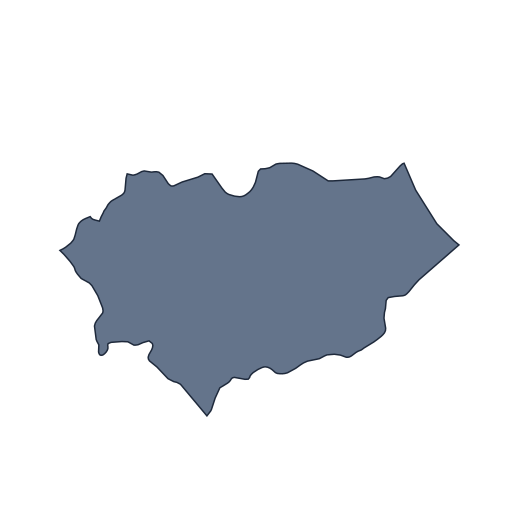 the Province of Övörhangay, rotated 242°
{"feature_id": "MNG-3327", "entity_name": "Övörhangay", "entity_type": "Province", "adm_level": 1, "iso_a3": "MNG", "parent_name": "Mongolia", "parent_adm1": "", "projection": "albers", "projection_center": [102.848, 45.744], "detail": "fine", "context": "isolated", "style": "filled", "palette": "slate", "viewbox_px": 512, "rotation_deg": 242, "n_neighbors": 0, "source": "natural_earth", "source_scale": "10m", "svg_char_len": 2760}
<svg xmlns="http://www.w3.org/2000/svg" viewBox="0 0 512 512"><g transform="rotate(242 256 256)"><path d="M353.0,85.5L352.9,89.1L353.1,92.0L354.3,98.4L355.6,101.7L356.4,103.1L359.4,106.2L364.0,110.3L366.9,113.4L367.8,114.7L368.4,116.3L368.9,118.0L369.2,120.5L369.1,123.3L368.6,128.1L366.6,128.4L365.1,129.1L363.4,130.7L360.3,134.1L363.3,137.7L365.7,141.2L367.1,142.9L368.8,146.4L370.8,149.4L371.6,151.4L372.3,153.5L372.5,155.3L372.8,165.9L373.2,167.7L373.8,169.3L374.6,170.3L375.7,171.3L385.7,177.8L389.0,180.8L385.1,185.3L384.6,187.0L384.2,189.4L384.2,194.7L383.6,197.2L379.1,203.1L378.2,205.5L377.2,207.6L375.6,209.6L370.8,211.6L361.0,212.5L358.9,213.3L357.6,214.0L356.9,215.3L356.5,216.4L356.1,224.1L356.0,225.6L352.9,241.7L352.7,249.4L349.0,255.7L331.9,257.8L326.9,258.8L324.9,259.7L323.1,260.9L318.9,265.2L316.0,269.4L315.2,271.4L314.8,273.4L314.8,275.6L315.2,278.1L315.7,280.7L316.6,283.1L318.1,285.9L321.3,290.1L329.7,297.8L330.7,300.9L328.8,305.0L328.1,307.3L327.5,309.6L327.8,316.8L327.3,318.5L326.6,320.5L321.3,331.0L319.7,333.4L317.5,335.9L304.3,346.2L288.4,355.0L286.2,359.2L272.9,388.4L271.7,392.0L270.4,397.3L269.0,400.4L267.8,402.2L264.0,405.6L263.0,408.7L263.0,412.2L267.9,425.6L268.6,428.5L268.4,430.3L239.2,427.9L199.6,430.8L176.7,437.8L170.5,440.4L158.5,388.8L156.2,382.3L152.8,374.4L151.9,371.6L151.5,369.6L151.7,368.0L152.0,366.9L155.2,359.4L157.2,353.2L155.7,350.1L148.8,345.6L145.8,342.9L141.0,339.8L131.4,336.6L129.4,335.3L127.9,333.4L127.0,331.3L126.3,328.9L125.4,324.0L124.8,319.7L124.1,308.2L123.8,306.3L123.6,304.8L124.0,301.4L123.9,299.0L123.0,293.3L123.0,291.2L123.5,289.5L124.3,288.1L128.9,284.0L132.5,279.0L135.4,272.2L135.6,269.5L135.6,263.7L139.0,252.1L139.3,247.8L139.0,244.1L138.2,238.4L138.1,229.0L138.7,226.4L139.7,223.9L141.0,221.6L142.3,219.7L143.9,218.4L148.0,216.9L150.3,215.7L152.3,214.1L153.7,212.3L154.3,210.9L154.7,208.9L154.9,204.4L154.4,198.8L153.7,196.3L152.8,194.4L151.7,193.3L150.9,191.3L152.3,188.4L159.0,179.9L159.5,178.0L159.0,176.3L158.1,174.8L157.4,172.9L157.1,171.0L156.6,162.2L149.7,153.2L141.4,144.6L140.4,143.2L137.9,137.6L178.2,129.1L181.6,126.8L183.7,124.4L189.0,120.7L204.6,116.4L213.4,112.7L215.5,112.6L217.3,113.3L219.2,115.2L222.2,119.9L223.6,121.5L225.4,122.9L227.4,123.4L231.3,121.7L232.6,115.6L233.0,110.3L233.8,108.0L234.6,106.4L240.4,102.6L243.4,97.5L247.8,87.5L248.1,84.3L246.9,83.2L245.3,82.6L243.7,81.7L242.5,80.3L241.5,78.5L240.8,76.4L240.5,74.2L241.1,72.5L242.3,71.6L244.3,71.7L245.3,72.0L251.3,75.5L255.4,75.5L257.3,75.7L270.0,80.5L272.2,82.6L273.7,85.0L277.7,93.9L279.3,95.2L282.2,96.2L295.3,97.7L306.9,97.2L310.4,96.2L318.2,91.1L323.6,89.9L326.2,89.6L327.9,89.6L330.5,90.1L332.1,90.2L338.5,89.3L347.6,87.2L353.0,85.5Z" fill="#64748b" stroke="#1e293b" stroke-width="1.5"/></g></svg>